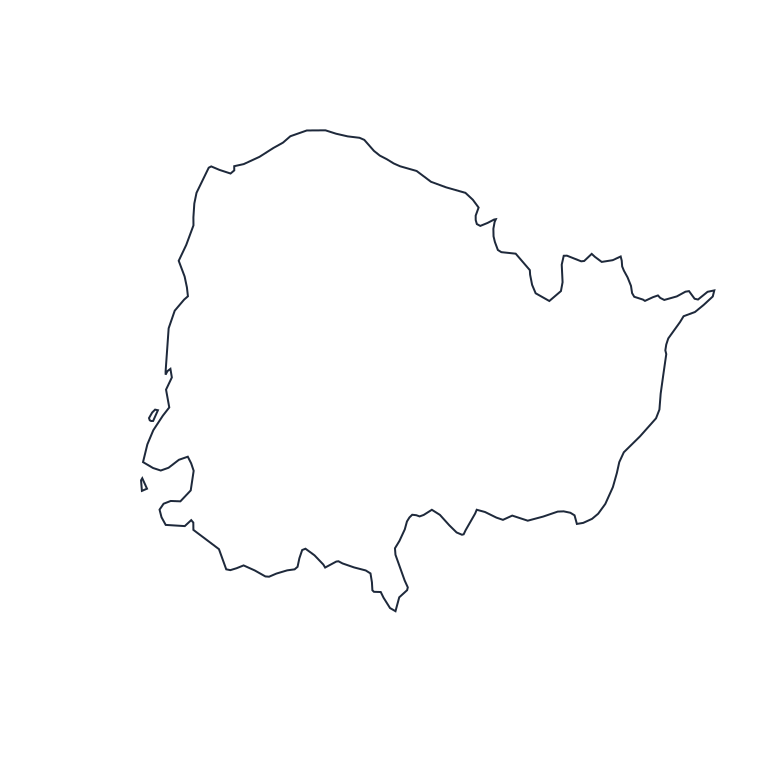 map outline of Cambodia (Robinson projection), rotated 28°
{"feature_id": "KHM", "entity_name": "Cambodia", "entity_type": "country or territory", "adm_level": 0, "iso_a3": "KHM", "parent_name": "Asia", "parent_adm1": "", "projection": "robinson", "projection_center": [105.132, 12.558], "detail": "fine", "context": "isolated", "style": "outline", "palette": "slate", "viewbox_px": 768, "rotation_deg": 28, "n_neighbors": 0, "source": "natural_earth", "source_scale": "50m", "svg_char_len": 2819}
<svg xmlns="http://www.w3.org/2000/svg" viewBox="0 0 768 768"><g transform="rotate(28 384 384)"><path d="M631.7,146.3L633.2,152.4L629.2,163.9L624.8,174.4L616.7,183.5L616.3,190.3L613.6,210.3L614.7,216.7L616.6,222.2L619.2,225.1L626.3,244.8L632.8,262.6L639.2,277.3L640.3,286.6L634.6,310.1L627.8,331.7L628.4,342.5L631.4,353.3L634.5,367.6L635.7,386.0L634.0,398.0L631.0,405.4L625.1,413.1L620.0,417.0L613.9,410.5L609.0,410.2L602.4,412.1L597.3,415.1L586.8,426.3L575.1,437.2L559.0,440.0L552.8,448.1L546.0,449.2L533.3,449.6L524.9,451.5L525.3,455.6L524.7,474.8L524.9,479.3L523.6,480.5L517.8,481.0L508.0,478.1L494.8,473.3L485.3,472.6L480.5,481.0L477.6,484.2L474.1,484.7L470.3,486.2L469.1,489.9L468.8,494.6L470.6,502.6L471.3,515.3L470.8,523.9L474.3,529.4L494.5,547.8L500.5,552.4L501.2,555.2L497.6,565.2L500.8,579.2L494.5,579.0L483.9,572.9L478.8,569.2L472.7,572.2L470.6,571.6L466.4,564.7L461.0,557.6L455.4,557.2L443.7,560.0L431.6,561.9L427.0,561.9L425.2,563.2L418.2,573.7L415.2,571.9L403.1,567.9L392.0,566.3L389.7,569.0L391.1,577.6L393.5,586.0L392.1,589.6L386.0,594.0L378.0,601.9L373.0,608.1L369.6,609.6L357.4,609.3L345.2,610.1L340.3,615.9L335.7,620.5L331.7,621.7L315.8,607.3L284.2,602.3L280.7,595.9L277.7,594.7L274.8,603.0L257.4,610.9L250.1,606.1L244.8,600.3L245.6,593.2L250.6,587.4L259.3,583.2L263.3,568.7L256.7,550.0L251.0,544.6L244.9,540.3L238.5,547.2L233.1,559.1L227.5,565.2L219.5,566.6L207.9,566.1L203.4,548.4L202.0,533.1L203.6,515.8L205.4,505.5L194.2,491.3L193.6,477.8L188.3,470.9L186.7,474.4L186.8,478.3L185.3,475.5L167.7,435.9L164.8,417.5L167.9,403.3L169.7,398.6L164.6,391.2L157.5,382.7L144.9,371.6L144.1,354.1L141.3,333.4L137.5,326.4L131.8,313.7L128.7,303.2L127.7,275.3L129.3,273.0L138.2,272.2L149.7,270.2L151.5,265.7L149.5,262.0L156.9,255.7L167.4,241.9L175.6,227.4L181.5,218.3L185.0,209.2L196.8,196.4L213.2,187.5L224.2,185.5L235.7,182.4L246.8,178.1L252.0,177.7L265.7,182.9L273.1,184.3L280.9,184.2L289.0,184.7L296.0,184.2L312.8,180.6L330.6,183.4L346.5,181.2L366.2,177.0L375.9,179.6L384.7,183.8L385.9,192.3L388.0,196.2L390.9,199.2L394.8,199.2L399.8,193.2L404.0,187.1L405.4,186.0L405.6,189.0L407.7,195.6L411.4,202.2L415.2,206.5L421.6,212.2L425.7,212.5L439.1,207.1L459.3,215.0L461.7,218.9L468.2,226.9L475.3,232.7L491.0,233.1L496.6,218.9L493.9,210.3L484.9,195.2L482.5,186.4L485.3,184.8L500.5,183.1L503.0,181.4L506.3,171.6L510.5,172.7L518.9,174.0L527.8,167.3L533.1,160.3L536.0,163.5L539.1,168.4L542.6,171.3L549.0,175.5L556.0,181.4L560.4,187.3L564.0,189.5L573.0,187.9L575.4,188.1L580.7,181.1L584.3,177.2L587.5,178.3L592.0,178.2L601.4,169.2L606.8,161.0L609.7,158.8L618.2,162.9L621.6,162.0L626.4,150.7L631.7,146.3ZM197.5,525.0L195.8,526.0L194.2,526.0L192.5,524.4L192.7,518.0L193.9,514.1L196.7,513.3L197.5,525.0ZM223.9,587.7L220.4,592.0L214.7,583.1L214.8,580.7L223.9,587.7Z" fill="none" stroke="#1e293b" stroke-width="2"/></g></svg>